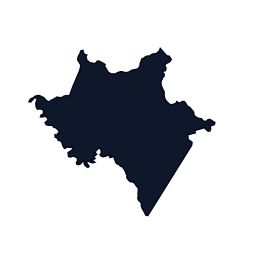 Fraiburgo, Santa Catarina, Brazil (Natural Earth projection), rotated 159°
{"feature_id": "56859067B37752043800288", "entity_name": "Fraiburgo", "entity_type": "district", "adm_level": 2, "iso_a3": "BRA", "parent_name": "Brazil", "parent_adm1": "Santa Catarina", "projection": "natural_earth1", "projection_center": [-50.848, -27.028], "detail": "fine", "context": "isolated", "style": "filled", "palette": "ink", "viewbox_px": 256, "rotation_deg": 159, "n_neighbors": 0, "source": "geoboundaries", "source_scale": "gbopen_adm2", "svg_char_len": 3688}
<svg xmlns="http://www.w3.org/2000/svg" viewBox="0 0 256 256"><g transform="rotate(159 128 128)"><path d="M205.7,169.8L204.4,169.1L202.4,169.0L200.1,168.0L199.4,164.7L201.3,163.4L203.4,162.8L203.1,160.3L201.2,159.1L199.2,158.3L197.7,157.5L197.0,155.4L195.2,153.9L194.1,151.8L193.5,149.7L194.3,148.0L195.8,148.1L195.9,146.1L197.3,146.9L198.5,147.9L199.3,145.6L197.6,143.8L197.6,141.6L195.7,140.4L194.8,138.1L195.2,135.0L194.9,132.8L194.2,131.5L192.7,132.1L190.7,131.7L189.4,130.9L188.0,130.3L186.3,129.5L187.2,127.9L189.2,127.2L191.2,126.8L192.8,126.4L193.2,124.7L193.7,122.7L192.1,121.6L190.3,121.5L188.8,121.2L187.6,120.2L186.8,119.0L185.9,117.5L187.2,115.1L188.6,114.1L188.6,112.4L186.8,111.4L184.9,111.7L183.6,112.4L182.3,113.4L180.8,112.8L181.5,111.3L181.6,109.1L180.8,107.2L179.5,105.6L178.2,106.1L178.6,108.3L179.3,110.5L178.0,111.3L176.6,111.0L175.2,109.4L173.5,108.2L171.3,108.0L172.5,109.6L172.8,111.3L171.2,111.0L169.7,111.3L170.5,113.5L168.6,114.1L166.7,114.7L167.5,117.0L165.6,118.5L163.4,119.4L161.6,119.8L161.2,117.8L161.3,115.8L162.1,113.9L163.6,113.1L163.0,111.2L161.3,110.0L159.4,109.8L157.1,109.8L155.3,109.5L155.4,106.9L153.5,106.7L151.2,106.3L151.7,104.3L151.6,101.9L151.6,99.5L150.7,98.3L149.5,97.0L148.5,94.8L146.9,93.7L146.8,92.0L146.2,90.5L146.0,88.7L146.1,86.1L145.8,83.8L146.9,82.3L146.2,79.4L145.3,77.3L144.0,76.6L142.7,75.7L141.5,74.1L141.3,72.1L140.6,70.2L140.0,68.2L140.5,66.2L141.4,64.7L142.3,62.5L143.0,60.3L144.0,59.0L144.1,56.9L143.0,55.0L142.5,52.6L143.4,50.6L143.6,48.5L143.3,46.6L143.1,45.0L142.8,43.2L142.6,40.3L140.9,39.2L75.0,88.9L73.4,91.5L74.5,93.6L76.0,95.4L74.8,100.3L66.9,99.4L66.9,101.8L56.4,100.9L55.7,98.8L54.4,96.4L52.7,95.9L51.2,97.5L50.8,100.4L48.4,100.3L46.2,100.3L45.0,102.0L46.7,104.2L48.4,106.6L50.3,107.1L52.5,106.0L55.2,107.4L56.0,110.2L58.2,111.4L59.6,112.5L60.7,114.0L61.7,115.8L61.6,117.6L61.1,119.1L61.4,120.7L62.3,122.6L62.7,124.5L63.7,126.0L64.9,127.3L65.1,129.1L65.5,131.4L66.4,132.8L68.1,133.2L70.2,132.7L71.9,133.4L72.9,135.1L74.2,134.0L76.2,133.7L77.9,134.0L79.7,134.0L80.9,135.7L82.2,138.3L83.1,141.4L83.0,143.8L82.5,146.1L81.3,148.7L81.6,151.5L81.7,154.0L81.8,156.0L81.1,158.4L80.2,160.1L78.6,161.4L77.6,162.8L75.9,163.3L74.9,165.5L75.8,167.3L74.5,168.7L72.6,168.1L71.1,170.1L71.3,173.2L69.4,174.6L66.9,174.7L64.6,175.3L63.0,176.7L63.5,178.5L63.8,180.2L65.9,181.4L67.1,184.4L69.4,190.6L70.8,188.9L73.0,188.0L74.5,187.4L76.1,187.5L78.1,188.1L79.8,188.1L81.8,187.4L84.3,188.2L86.3,188.2L87.9,187.6L90.3,187.4L91.8,185.7L93.4,183.9L94.5,181.8L96.3,180.2L98.0,179.6L101.2,180.1L103.4,180.5L105.2,180.2L107.3,179.9L109.7,180.2L111.9,181.4L113.5,182.7L115.1,183.3L116.7,183.2L118.1,183.5L120.0,182.8L121.3,183.4L122.7,183.8L124.2,184.4L125.7,186.0L126.5,187.3L126.9,189.2L127.3,192.1L127.9,194.2L126.7,195.3L127.4,196.6L128.9,198.3L130.7,200.4L132.6,201.5L134.3,200.3L135.9,200.2L137.2,200.6L138.6,201.8L140.3,202.1L140.8,204.0L142.3,205.7L141.9,207.6L141.9,209.4L140.4,210.9L142.0,212.1L142.8,214.6L142.2,216.6L144.5,216.8L146.0,214.8L147.5,213.7L149.2,212.0L150.6,209.5L150.1,207.7L149.8,205.7L149.4,203.4L152.5,198.9L163.9,187.2L170.7,179.4L172.2,179.4L174.1,180.4L176.7,180.6L178.4,180.1L180.1,180.5L181.7,181.2L183.1,182.3L185.4,181.9L188.1,181.4L190.1,181.4L192.1,180.6L193.6,181.7L194.9,183.8L195.7,186.5L196.9,187.6L198.3,189.2L200.0,190.5L202.2,190.8L203.9,190.9L205.4,189.9L203.7,189.2L201.9,188.5L202.7,187.2L204.0,185.6L205.2,184.1L205.7,182.4L206.2,180.2L205.7,178.0L203.4,177.5L201.5,176.2L200.6,174.9L201.1,173.2L202.1,171.4L204.6,171.1L205.7,169.8ZM205.4,189.9L206.8,190.2L209.1,189.7L211.0,188.0L209.4,187.2L207.9,188.1L206.6,188.6L205.4,189.9Z" fill="#0f172a" stroke="#020617" stroke-width="1.5"/></g></svg>